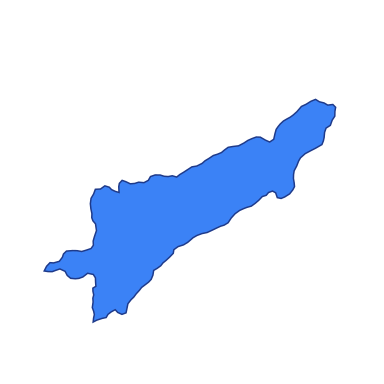 outline of Nova União, Minas Gerais, Brazil, rotated 54°
{"feature_id": "56859067B33614393926372", "entity_name": "Nova União", "entity_type": "district", "adm_level": 2, "iso_a3": "BRA", "parent_name": "Brazil", "parent_adm1": "Minas Gerais", "projection": "albers", "projection_center": [-43.572, -19.623], "detail": "fine", "context": "isolated", "style": "filled", "palette": "blue", "viewbox_px": 384, "rotation_deg": 54, "n_neighbors": 0, "source": "geoboundaries", "source_scale": "gbopen_adm2", "svg_char_len": 2484}
<svg xmlns="http://www.w3.org/2000/svg" viewBox="0 0 384 384"><g transform="rotate(54 192 192)"><path d="M235.6,193.4L236.5,188.9L237.7,185.5L238.1,180.9L236.1,175.6L234.9,169.9L234.9,164.3L235.8,160.0L236.7,156.6L238.3,152.3L238.3,147.4L237.9,142.6L237.0,137.8L238.3,133.9L237.4,130.4L238.6,126.3L241.8,124.8L246.7,126.3L249.6,123.7L250.5,119.9L250.9,114.1L249.5,109.1L247.9,105.9L244.7,104.0L240.7,102.0L237.6,99.6L234.9,96.9L232.5,92.0L229.6,87.5L228.1,84.1L227.5,77.9L228.4,71.4L229.2,66.4L229.6,62.6L230.0,59.0L227.9,55.7L225.6,53.1L221.7,49.7L219.1,46.0L219.4,40.9L216.3,36.4L214.6,31.9L210.8,29.0L207.9,26.0L204.0,26.6L201.5,31.1L197.6,32.8L193.9,35.9L189.7,37.6L188.5,42.5L188.1,48.1L187.1,53.2L188.7,60.0L189.2,65.1L189.2,68.6L188.7,72.3L188.3,76.3L188.8,80.5L189.7,83.9L190.8,87.1L193.6,90.6L197.4,94.9L197.2,99.8L193.2,102.1L187.8,104.5L185.3,107.7L184.1,111.9L183.1,116.5L182.9,121.1L182.0,127.2L179.2,132.2L177.1,136.5L177.1,140.8L177.4,145.0L176.4,149.2L175.0,153.3L174.8,158.6L174.4,163.1L174.8,166.9L173.8,172.9L171.6,177.3L171.3,182.8L171.1,187.2L170.7,191.5L170.9,195.6L167.3,198.4L165.5,202.2L162.9,205.3L159.5,207.8L156.5,211.9L155.1,216.5L156.9,220.5L156.2,225.4L152.7,229.4L151.4,233.3L149.1,237.1L144.7,239.5L141.5,241.7L142.3,245.7L144.6,248.1L149.5,251.3L146.4,253.7L142.7,255.7L139.5,256.1L135.8,258.9L135.8,264.3L133.0,268.6L135.8,272.8L137.8,277.4L141.7,281.1L146.2,283.7L150.7,285.7L153.9,288.2L157.1,289.1L161.1,288.8L164.1,290.4L167.1,292.0L169.0,294.7L171.0,297.5L173.6,300.8L177.1,303.1L178.4,306.9L176.9,311.7L175.3,316.2L171.9,319.5L169.3,322.9L166.0,328.3L166.6,332.4L168.6,335.2L170.1,340.1L168.0,345.7L165.7,348.4L166.6,353.3L169.0,358.0L171.8,355.2L174.3,351.9L175.4,347.9L176.6,344.1L181.6,341.3L186.2,342.0L190.5,340.9L193.6,337.4L195.4,334.3L196.6,330.2L196.4,324.2L200.7,320.3L204.7,320.6L208.4,323.1L211.8,325.2L211.5,328.7L214.1,330.5L217.5,332.0L219.6,334.6L222.9,336.7L226.9,340.6L230.8,341.7L233.8,343.1L236.1,345.7L239.1,348.4L239.7,344.4L241.4,339.1L243.1,335.2L241.6,331.9L241.5,327.7L242.1,323.3L245.8,322.9L249.8,320.6L251.0,316.4L248.1,313.2L244.7,309.5L243.3,304.6L242.8,300.9L241.6,297.1L240.6,292.3L239.6,288.9L239.5,283.7L239.4,280.1L238.7,276.4L236.3,272.5L232.9,269.1L233.3,265.1L233.3,260.6L232.3,257.2L232.1,253.4L231.5,248.3L230.6,243.2L228.0,240.6L228.0,235.3L229.8,229.9L230.2,224.7L229.6,218.0L230.1,213.4L231.5,208.4L233.7,203.5L234.7,198.4L235.6,193.4Z" fill="#3b82f6" stroke="#1e3a8a" stroke-width="1.5"/></g></svg>